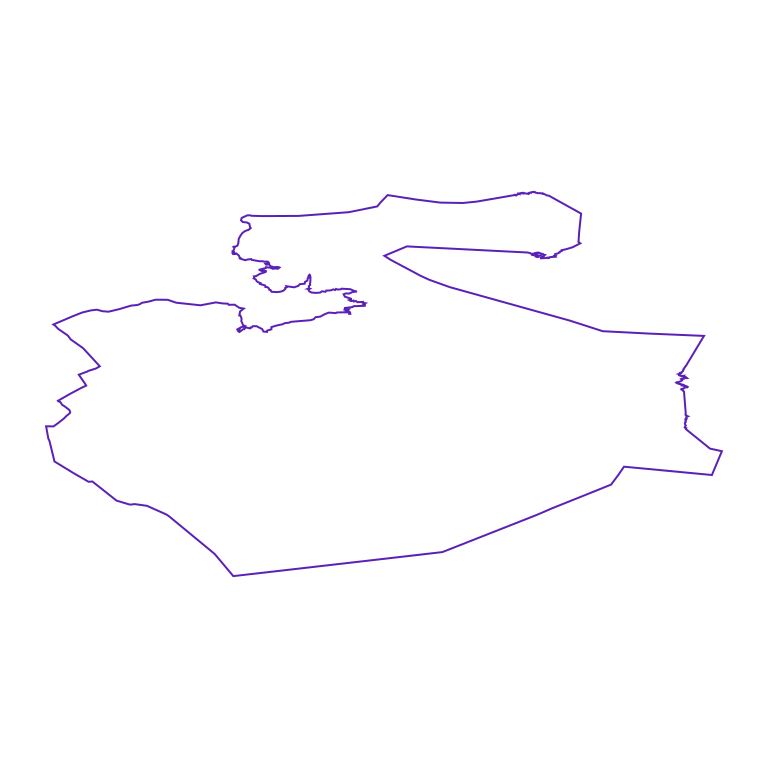 Sørreisa nor, Troms, Norway (Robinson projection)
{"feature_id": "86288312B8991276694955", "entity_name": "Sørreisa nor", "entity_type": "district", "adm_level": 2, "iso_a3": "NOR", "parent_name": "Norway", "parent_adm1": "Troms", "projection": "robinson", "projection_center": [18.288, 69.101], "detail": "fine", "context": "isolated", "style": "outline", "palette": "violet", "viewbox_px": 768, "rotation_deg": 0, "n_neighbors": 0, "source": "geoboundaries", "source_scale": "gbopen_adm2", "svg_char_len": 6053}
<svg xmlns="http://www.w3.org/2000/svg" viewBox="0 0 768 768"><path d="M247.4,215.3L241.7,217.9L241.0,220.3L242.7,222.0L246.9,222.5L249.3,223.7L250.1,227.3L250.7,228.1L248.3,230.0L247.2,230.2L244.5,231.4L242.3,233.1L240.2,236.1L238.7,239.0L238.3,243.3L237.4,245.7L235.4,246.6L234.1,246.6L233.5,246.9L234.6,247.7L233.3,250.9L232.5,251.2L232.6,251.6L233.9,251.5L234.5,252.9L232.6,253.3L233.1,254.1L235.4,254.0L236.4,253.5L238.9,255.6L239.7,257.6L240.3,257.9L239.9,258.5L245.2,260.2L247.6,259.5L251.3,259.1L251.8,259.9L259.3,261.2L263.0,261.3L264.7,261.8L266.1,261.5L268.0,261.8L269.0,263.0L268.4,263.4L265.5,263.9L266.3,264.7L268.3,264.4L269.4,264.7L270.6,266.4L271.9,266.5L273.2,267.2L276.8,267.0L278.4,267.1L279.5,267.5L278.1,268.7L274.7,268.5L272.8,268.8L270.3,267.7L265.9,267.2L265.7,268.1L258.7,269.8L259.7,270.0L261.6,271.0L263.6,270.9L263.9,270.6L265.1,270.8L266.0,271.2L265.6,272.0L259.8,273.9L256.1,276.1L253.9,276.4L254.4,278.3L254.0,278.5L255.9,279.6L256.4,280.7L257.4,281.8L260.3,283.1L259.8,283.5L259.8,283.9L265.2,285.5L265.4,287.0L267.5,287.2L268.9,288.4L269.3,289.8L270.6,290.1L271.5,291.8L277.2,292.1L280.4,291.7L283.4,290.7L285.4,288.8L285.2,288.0L286.8,287.2L286.3,286.2L294.2,287.3L298.4,285.8L299.7,284.2L304.7,283.7L305.0,281.9L307.4,280.6L307.7,278.3L308.4,278.0L308.4,276.1L309.5,274.7L310.0,275.1L310.5,277.3L310.3,282.3L309.9,283.5L310.2,284.9L308.8,286.1L309.2,288.2L308.0,288.7L309.7,288.9L308.4,289.8L309.4,291.5L311.5,292.5L315.6,292.9L320.1,292.6L322.0,291.3L325.5,291.8L326.2,290.6L330.6,290.4L333.4,289.4L335.2,290.0L336.0,288.9L337.8,289.6L341.1,289.2L341.6,288.7L350.3,289.2L354.6,291.1L357.0,291.5L352.6,292.0L348.9,293.6L345.9,293.4L343.6,294.3L344.9,296.7L351.0,298.7L351.0,299.5L349.2,300.1L351.0,301.1L353.6,300.6L353.8,301.4L356.2,301.1L357.4,302.2L363.1,301.9L363.3,302.9L365.1,303.2L363.4,304.0L364.9,304.7L364.8,305.8L353.5,306.2L352.7,307.0L344.9,308.0L344.5,309.6L348.2,309.6L346.6,310.7L348.8,311.3L350.1,312.4L350.3,313.9L349.1,313.9L349.0,312.4L347.2,312.3L338.7,312.4L336.6,312.6L335.8,313.1L329.1,312.6L326.9,313.3L323.9,314.6L320.4,316.6L315.6,317.2L313.7,319.2L310.6,320.2L291.1,321.8L288.9,322.7L284.6,323.2L282.8,324.2L276.7,325.5L271.4,327.1L271.4,329.3L267.2,330.6L267.0,331.9L263.4,331.5L262.2,329.1L256.6,326.2L252.8,326.2L251.5,327.6L250.5,327.5L250.0,328.4L245.7,327.4L244.2,329.2L243.4,329.1L239.4,332.0L238.4,331.4L239.5,329.3L237.5,329.9L237.3,329.4L241.4,327.1L243.0,326.7L244.8,327.3L245.4,326.1L243.2,325.4L241.3,321.0L241.6,318.5L240.3,315.4L239.3,315.4L240.1,311.4L243.7,308.6L239.3,307.8L234.7,304.7L228.7,304.8L227.9,303.7L222.5,303.4L215.9,302.4L200.5,305.3L176.2,302.7L167.7,299.8L155.6,299.7L148.2,301.7L141.9,302.8L140.0,304.1L137.4,305.0L131.1,305.6L119.0,309.2L108.5,311.7L102.5,311.2L96.9,309.7L90.9,310.4L82.2,312.5L72.4,316.4L53.4,324.5L55.1,325.6L58.2,328.9L67.8,335.5L70.8,339.5L83.1,348.2L99.8,366.3L95.9,368.5L88.3,370.9L87.4,371.5L78.8,374.7L85.0,383.6L86.2,385.6L81.1,388.0L69.3,394.3L57.9,400.8L58.2,401.2L60.4,402.1L62.0,404.7L65.1,406.7L69.4,410.0L70.2,412.1L69.8,413.2L66.6,415.8L63.7,418.7L58.1,423.1L53.5,426.4L46.1,426.3L48.3,438.5L49.4,440.7L54.5,461.5L73.0,472.8L88.6,481.8L92.4,481.5L116.5,500.6L129.1,504.4L130.3,504.6L134.7,504.1L146.9,505.8L166.6,514.6L168.8,516.1L214.6,553.9L233.3,576.1L442.3,552.1L537.0,514.8L551.6,508.5L611.1,484.6L618.5,474.7L624.0,466.7L711.9,475.0L721.9,451.2L710.0,448.6L686.2,429.4L685.5,428.4L685.9,428.1L685.1,427.8L684.7,427.3L685.8,425.5L685.2,424.6L684.9,423.5L685.3,422.3L685.7,422.0L685.4,421.4L685.7,421.2L685.9,420.7L685.6,420.5L685.4,419.9L686.1,419.3L685.8,419.0L686.7,418.6L686.2,417.4L687.0,416.7L687.9,416.3L686.0,415.5L685.7,415.1L685.9,414.9L685.5,414.5L685.7,412.8L684.0,391.6L682.8,390.5L682.8,389.8L680.5,389.3L684.2,388.2L684.8,387.4L687.1,387.4L687.7,386.9L687.4,386.6L685.8,386.2L685.6,385.9L684.1,386.0L682.1,385.4L680.5,385.3L682.7,385.1L683.1,384.8L680.4,384.0L679.2,384.0L676.9,383.1L676.2,382.6L676.6,382.3L678.6,382.1L681.0,381.1L682.2,380.3L682.3,379.9L681.1,379.0L681.8,378.6L683.3,378.7L683.1,378.3L683.4,378.1L684.2,377.8L685.0,377.8L686.2,378.2L687.0,378.1L686.5,377.7L686.9,377.6L686.0,377.4L684.5,376.3L683.4,376.2L683.7,375.8L681.3,376.0L680.4,375.7L680.2,375.4L679.4,375.5L678.9,375.2L678.6,374.4L679.5,374.0L679.0,373.9L679.8,373.6L679.8,372.9L681.6,372.4L683.0,371.0L682.9,370.4L683.6,369.7L683.5,369.2L683.9,369.0L684.2,368.0L684.8,367.5L684.9,367.1L685.6,366.1L685.8,366.1L704.0,335.9L649.6,333.6L602.7,331.2L569.8,320.6L449.7,287.1L429.3,279.8L420.8,275.9L390.6,259.8L384.4,255.8L406.9,246.4L527.6,252.5L530.4,253.2L531.3,253.9L533.7,253.6L535.0,253.8L535.2,254.2L533.7,254.2L532.8,254.5L532.5,255.0L534.7,255.3L535.2,255.6L535.3,256.1L535.7,256.5L537.4,257.1L538.5,256.9L538.5,256.2L539.4,255.7L538.6,255.7L536.3,254.8L536.8,254.4L536.3,253.7L537.1,253.3L536.4,252.8L537.6,252.6L539.1,252.7L539.5,252.9L539.3,253.2L542.6,253.9L543.6,254.4L543.9,254.9L544.9,255.0L544.0,256.0L541.7,256.7L540.8,257.5L540.9,258.3L546.3,258.0L547.0,257.7L547.7,257.7L548.1,258.2L548.7,258.0L548.4,257.7L548.7,257.5L550.2,257.1L555.7,256.7L555.1,255.9L555.2,255.7L554.8,255.5L555.3,255.3L555.1,255.2L555.4,254.6L555.2,254.2L558.5,253.1L559.1,252.5L559.7,252.4L559.8,251.8L561.8,250.9L561.6,250.2L565.8,249.3L572.8,247.2L573.2,246.8L573.7,246.7L580.3,243.3L578.5,242.0L579.2,231.6L581.1,213.6L548.9,195.7L546.6,195.3L544.7,194.2L543.0,193.9L542.9,193.4L542.6,193.2L541.4,193.5L539.9,193.1L537.9,193.2L534.5,192.3L534.5,191.9L531.7,192.1L531.2,192.8L530.4,192.5L528.9,192.9L528.7,193.0L529.2,193.2L529.2,193.4L527.6,193.6L527.7,193.8L524.5,193.2L523.9,193.5L523.6,193.0L523.0,193.4L522.2,193.4L522.3,193.1L521.8,193.2L521.7,192.9L520.3,193.2L519.5,193.5L519.6,194.1L519.0,193.9L518.8,193.5L518.1,193.4L517.9,193.8L518.0,194.3L516.8,194.7L516.4,195.4L515.6,195.4L515.4,194.9L514.8,194.7L513.8,195.2L476.7,201.6L462.8,203.0L440.3,202.6L415.9,199.5L387.6,195.1L380.2,202.8L377.3,206.4L348.7,212.2L298.8,215.9L263.2,216.1L251.7,215.8L250.1,215.3L247.4,215.3Z" fill="none" stroke="#5b21b6" stroke-width="2"/></svg>